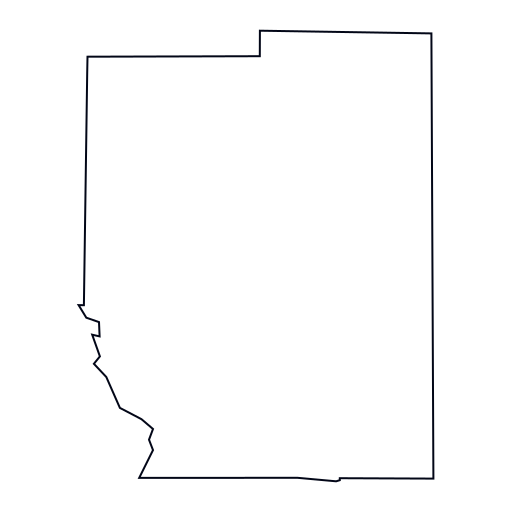 the district of Kaufman, Texas, United States of America
{"feature_id": "52423323B57409714288179", "entity_name": "Kaufman", "entity_type": "district", "adm_level": 2, "iso_a3": "USA", "parent_name": "United States of America", "parent_adm1": "Texas", "projection": "orthographic", "projection_center": [-96.401, 32.598], "detail": "fine", "context": "isolated", "style": "outline", "palette": "ink", "viewbox_px": 512, "rotation_deg": 0, "n_neighbors": 0, "source": "geoboundaries", "source_scale": "gbopen_adm2", "svg_char_len": 422}
<svg xmlns="http://www.w3.org/2000/svg" viewBox="0 0 512 512"><path d="M87.5,56.7L87.2,73.0L83.9,305.2L78.6,305.1L86.3,317.7L99.0,322.1L99.6,336.4L92.2,334.7L99.9,356.4L93.9,363.8L106.3,377.0L119.9,407.9L141.5,419.2L153.0,429.0L149.0,439.7L153.0,450.1L139.2,477.9L297.5,477.8L336.1,481.3L339.8,480.2L339.8,478.2L433.4,478.6L431.4,33.4L259.9,30.7L259.8,56.2L87.5,56.7Z" fill="none" stroke="#020617" stroke-width="2"/></svg>